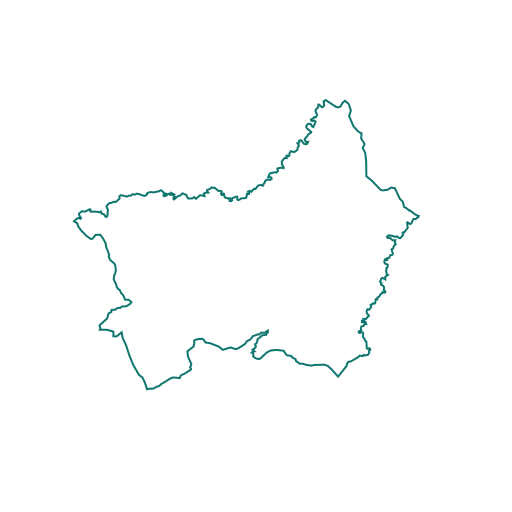 the district of Niangara, Orientale, Democratic Republic of the Congo, rotated 139°
{"feature_id": "63176286B33291186627226", "entity_name": "Niangara", "entity_type": "district", "adm_level": 2, "iso_a3": "COD", "parent_name": "Democratic Republic of the Congo", "parent_adm1": "Orientale", "projection": "mercator", "projection_center": [27.865, 3.502], "detail": "fine", "context": "isolated", "style": "outline", "palette": "teal", "viewbox_px": 512, "rotation_deg": 139, "n_neighbors": 0, "source": "geoboundaries", "source_scale": "gbopen_adm2", "svg_char_len": 6118}
<svg xmlns="http://www.w3.org/2000/svg" viewBox="0 0 512 512"><g transform="rotate(139 256 256)"><path d="M106.9,179.3L108.6,182.8L110.0,189.6L110.6,189.7L111.1,193.6L112.1,195.8L109.6,200.7L109.9,205.0L106.7,216.0L109.2,219.0L113.1,219.6L117.4,222.4L118.6,224.2L119.1,236.5L120.4,243.8L110.7,255.2L106.0,262.1L104.5,267.6L100.6,269.3L99.6,275.6L95.9,279.3L97.1,282.6L97.4,289.8L93.9,300.6L89.0,303.5L86.3,309.7L87.0,314.8L90.2,314.8L94.2,313.4L96.7,314.4L97.9,316.5L101.1,327.9L103.5,328.4L105.7,324.9L108.1,324.6L108.7,325.4L109.0,328.7L109.6,329.4L111.7,327.4L114.8,327.3L116.3,325.9L117.0,323.0L117.9,322.1L120.0,321.5L121.2,322.7L122.4,322.2L124.9,323.0L125.5,322.1L125.1,321.0L123.1,319.8L123.0,318.2L128.2,315.7L128.6,316.7L128.2,320.0L130.1,321.6L132.7,321.2L133.7,320.0L133.8,318.3L132.9,313.4L133.8,313.0L136.9,313.6L138.6,312.8L142.1,312.4L142.9,311.9L143.4,310.2L143.2,309.0L141.8,308.0L143.5,307.2L144.7,307.3L145.7,308.5L146.3,309.7L145.9,312.8L146.3,314.1L147.1,314.6L148.1,314.6L148.9,313.2L150.7,314.0L151.0,311.5L151.7,310.8L153.2,310.7L154.9,309.1L158.0,309.1L159.5,309.9L160.8,312.2L163.2,311.7L165.1,309.8L166.1,310.0L166.7,311.6L167.2,311.7L168.6,309.7L170.1,311.2L174.4,310.5L176.4,308.1L176.9,304.7L177.5,304.2L179.2,306.3L181.8,307.8L182.6,307.9L183.7,305.7L185.9,305.6L187.2,307.1L191.3,309.2L194.9,307.7L193.2,305.7L193.1,304.8L193.7,303.9L195.6,304.2L196.9,306.2L199.8,306.7L201.1,305.7L202.5,305.6L204.4,304.5L205.1,304.8L205.3,306.2L208.2,307.8L212.5,306.9L212.9,307.8L214.1,308.0L217.5,307.5L217.8,309.2L219.7,309.8L219.9,307.9L220.5,307.3L222.0,308.9L224.2,306.9L225.7,306.4L229.4,309.2L231.6,309.3L233.0,310.2L233.1,310.8L231.2,313.1L231.9,313.8L235.8,315.1L236.8,314.9L237.6,313.6L238.9,313.7L239.8,314.9L237.8,316.6L239.4,317.5L239.8,319.0L240.9,319.9L241.1,320.9L239.4,324.0L239.8,324.6L241.0,323.9L241.9,324.6L241.4,326.1L239.6,327.2L239.7,328.0L241.7,329.8L242.4,334.6L243.5,335.3L244.4,336.9L245.8,336.7L249.8,337.8L250.4,337.1L250.4,335.2L253.2,337.2L254.7,337.3L255.5,335.0L258.3,338.6L263.8,338.5L263.9,341.0L266.1,341.2L269.1,343.4L269.5,344.5L268.5,347.9L270.5,351.6L273.1,351.3L276.0,352.4L280.8,352.5L280.9,353.3L280.1,354.0L278.4,354.3L278.7,356.6L277.4,356.3L278.7,359.3L280.0,358.0L280.7,358.4L280.5,359.8L281.2,360.4L284.3,360.5L286.3,361.7L285.9,362.5L283.5,361.7L283.1,362.2L284.4,363.9L284.0,366.1L284.7,368.1L286.7,368.5L291.3,371.0L293.9,373.7L297.0,374.8L298.2,373.9L300.8,374.5L304.3,380.4L305.4,381.4L307.1,381.7L308.7,383.7L310.4,383.5L312.5,385.0L314.4,385.5L318.0,390.5L320.0,390.7L321.1,389.0L322.0,388.8L326.5,388.8L327.7,390.3L330.3,390.9L332.1,392.2L335.9,391.8L336.7,390.8L337.4,388.1L341.8,383.8L343.4,383.6L343.8,384.6L343.3,387.1L344.7,389.1L343.8,391.3L345.4,391.6L347.0,393.8L351.7,397.9L351.8,398.4L350.5,399.8L350.8,400.4L355.9,401.6L358.0,404.0L361.5,404.1L362.5,403.4L363.3,399.2L364.2,399.3L364.7,401.0L367.2,401.8L370.6,401.6L369.4,398.0L370.7,395.3L371.2,390.1L370.8,382.4L369.4,377.0L367.8,376.3L363.2,377.2L359.6,374.2L359.9,369.7L361.2,364.2L363.0,361.4L365.9,353.5L367.3,352.5L368.7,348.7L367.9,343.8L368.2,341.7L370.8,337.5L374.2,334.8L376.0,334.3L378.8,331.6L380.2,326.3L381.4,324.1L381.7,322.1L381.2,319.4L382.2,316.2L381.9,313.8L383.4,308.9L380.8,306.5L380.3,302.9L382.3,302.4L386.7,303.1L390.3,305.8L392.4,305.9L394.8,307.7L397.2,307.7L400.4,310.1L401.8,308.7L404.9,309.4L409.4,306.5L419.7,306.3L420.8,303.5L422.2,302.8L416.9,298.1L413.2,292.5L416.3,289.0L413.9,286.8L407.5,286.5L410.3,281.9L412.6,273.9L417.1,263.3L420.2,253.9L422.3,243.2L421.4,238.8L422.9,233.4L425.7,226.9L424.6,226.5L420.3,223.2L416.3,222.4L414.7,221.4L411.7,221.5L400.8,219.7L398.3,218.8L393.6,213.9L391.6,215.0L390.1,215.1L388.0,214.2L380.1,213.0L379.2,213.2L378.7,215.4L376.5,216.1L375.7,217.0L373.2,224.9L370.3,229.1L362.6,228.6L359.6,230.7L358.4,232.6L357.0,232.6L354.4,231.4L350.8,228.6L350.4,227.2L350.9,224.0L347.8,220.2L343.5,212.0L342.7,207.0L335.2,203.7L332.5,199.1L330.5,198.1L322.4,196.8L318.8,197.7L315.2,196.7L310.9,197.5L306.1,195.7L305.1,194.7L302.3,194.7L300.1,192.6L296.0,191.8L297.3,190.5L298.8,190.7L300.0,189.8L303.2,192.0L309.7,192.1L310.6,191.0L313.1,189.8L314.7,190.0L315.6,187.6L318.2,187.2L320.0,187.6L319.7,185.0L321.4,186.1L322.6,185.9L321.9,185.1L322.6,183.2L323.9,182.4L323.7,180.0L322.3,177.2L320.5,175.8L311.0,176.1L306.7,174.9L302.1,171.6L297.3,166.4L297.9,161.7L297.4,160.3L294.9,157.4L295.2,155.5L293.8,152.3L294.7,150.5L293.6,145.9L291.6,144.4L289.4,140.8L286.1,136.9L283.6,135.6L275.5,128.9L273.9,125.8L273.3,120.7L273.2,111.1L259.6,113.6L258.1,114.9L255.9,115.6L253.5,114.2L245.5,112.7L243.1,112.8L241.2,110.5L239.8,110.9L239.2,109.5L235.9,107.9L233.4,109.3L232.9,110.5L231.2,110.3L230.7,111.3L231.3,112.3L232.5,112.7L232.9,113.7L228.8,119.1L229.2,120.8L228.5,122.3L228.3,125.0L225.8,127.3L225.7,128.5L226.3,129.6L228.0,129.6L228.6,130.5L228.2,131.6L225.2,131.0L224.6,132.3L222.8,133.6L220.4,132.7L218.6,133.4L217.5,132.3L216.6,134.6L218.5,135.5L219.4,136.6L218.5,137.6L216.7,136.8L216.2,138.1L214.3,136.3L211.4,136.9L210.4,136.6L209.8,137.0L209.9,139.9L208.8,141.8L206.8,142.7L205.9,141.3L203.0,141.8L202.3,142.3L201.9,143.8L201.1,143.9L200.2,143.3L198.8,143.6L198.1,142.5L197.1,142.1L194.1,144.8L192.9,143.6L191.7,145.0L190.0,144.5L186.6,145.5L185.0,145.1L184.3,145.7L183.0,143.9L182.3,143.8L181.5,144.8L182.0,146.4L180.1,147.9L179.5,150.0L180.4,152.1L180.2,152.8L179.1,153.1L179.2,155.3L175.8,156.8L174.8,156.4L173.8,153.5L172.0,155.6L168.8,155.1L169.1,156.9L167.3,159.8L166.3,160.1L165.6,161.3L164.0,161.3L162.3,163.0L163.6,165.7L163.2,167.2L161.0,168.9L160.4,168.7L160.2,167.1L159.5,166.9L158.8,168.3L156.7,167.3L154.2,168.5L152.2,167.4L151.0,168.2L149.6,171.9L148.6,172.1L147.7,171.6L145.2,173.2L142.7,173.3L142.5,175.0L140.5,176.5L142.5,178.1L143.1,182.1L144.4,182.8L144.9,183.7L144.4,184.6L142.5,184.7L140.9,183.1L138.3,179.1L136.8,178.5L136.6,176.7L135.3,174.8L131.1,175.4L130.4,177.2L129.4,177.4L128.6,176.6L123.0,177.7L120.2,182.0L119.4,182.0L118.9,179.3L118.3,178.8L117.3,178.7L113.4,180.6L112.6,180.4L111.3,179.1L109.3,179.3L108.2,178.8L106.9,179.3Z" fill="none" stroke="#0f766e" stroke-width="2"/></g></svg>